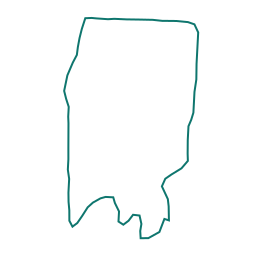 Avgorou, Famagusta, Cyprus, rotated 183°
{"feature_id": "46923920B41547139888237", "entity_name": "Avgorou", "entity_type": "district", "adm_level": 2, "iso_a3": "CYP", "parent_name": "Cyprus", "parent_adm1": "Famagusta", "projection": "equal_earth", "projection_center": [33.844, 35.044], "detail": "fine", "context": "isolated", "style": "outline", "palette": "teal", "viewbox_px": 256, "rotation_deg": 183, "n_neighbors": 0, "source": "geoboundaries", "source_scale": "gbopen_adm2", "svg_char_len": 1024}
<svg xmlns="http://www.w3.org/2000/svg" viewBox="0 0 256 256"><g transform="rotate(183 128 128)"><path d="M178.3,26.6L173.7,30.4L169.1,37.9L164.1,46.7L159.1,51.7L151.8,56.3L146.8,58.0L139.1,58.0L137.2,52.5L132.6,44.2L132.6,34.1L127.6,31.2L122.6,35.4L118.4,41.6L111.9,41.2L109.6,32.9L110.4,25.8L109.6,18.6L101.9,19.1L91.2,25.8L86.9,39.1L82.3,37.9L83.3,51.9L84.5,59.1L91.1,71.5L88.1,79.3L82.1,83.9L72.5,90.5L66.5,98.3L67.1,105.5L67.7,119.2L67.7,132.9L65.3,139.5L63.5,146.7L63.5,157.8L63.5,167.6L62.3,180.0L62.9,195.7L62.9,207.5L62.9,214.7L62.9,227.1L67.1,235.0L68.5,235.4L73.7,236.9L73.8,236.9L82.9,237.3L85.2,237.4L99.6,236.8L108.8,237.3L109.2,237.3L121.8,236.9L135.1,236.4L147.4,236.3L153.7,235.6L165.5,235.8L170.0,236.0L176.4,235.4L179.3,224.5L181.1,215.3L182.3,206.2L182.9,198.3L186.5,190.5L191.3,177.4L193.7,161.7L191.3,153.9L188.3,146.0L188.3,136.2L187.7,129.7L186.5,104.8L185.9,93.7L185.9,83.3L184.1,74.1L184.1,60.4L183.5,51.2L182.3,42.7L181.7,32.3L178.3,26.6Z" fill="none" stroke="#0f766e" stroke-width="2"/></g></svg>